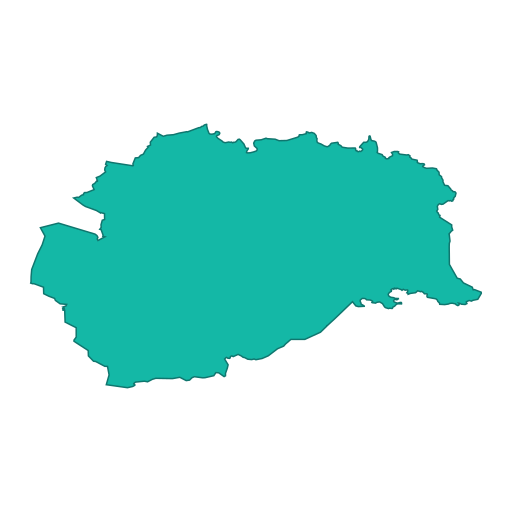 Aglonas pag., Aglonas, Latvia
{"feature_id": "27541924B99650716324046", "entity_name": "Aglonas pag.", "entity_type": "district", "adm_level": 2, "iso_a3": "LVA", "parent_name": "Latvia", "parent_adm1": "Aglonas", "projection": "robinson", "projection_center": [27.042, 56.116], "detail": "fine", "context": "isolated", "style": "filled", "palette": "teal", "viewbox_px": 512, "rotation_deg": 0, "n_neighbors": 0, "source": "geoboundaries", "source_scale": "gbopen_adm2", "svg_char_len": 6070}
<svg xmlns="http://www.w3.org/2000/svg" viewBox="0 0 512 512"><path d="M481.2,292.2L474.5,289.6L473.2,289.8L472.3,287.2L463.4,282.9L460.3,279.0L457.2,278.2L449.4,264.4L449.2,246.6L449.3,243.4L450.0,241.1L449.2,234.3L449.0,234.0L451.3,231.2L452.7,230.2L451.7,226.9L451.7,224.9L439.6,217.2L440.0,215.4L438.9,214.9L438.2,212.9L437.5,212.5L436.7,211.0L437.8,209.4L437.3,206.3L438.3,204.6L439.6,203.7L441.4,204.4L443.1,204.1L448.1,200.6L449.3,200.9L450.3,200.5L451.6,201.2L452.7,200.9L453.0,200.5L453.0,199.5L453.7,199.2L453.8,197.7L455.2,196.4L456.0,193.1L455.0,191.8L452.9,191.6L452.6,190.9L451.0,189.9L450.8,189.1L447.9,185.7L444.6,185.3L442.9,181.6L443.0,180.5L442.7,179.5L441.8,178.3L441.5,176.6L439.2,174.8L439.0,172.2L436.9,170.0L436.7,169.1L436.3,168.7L432.5,168.0L426.6,168.3L424.6,167.7L422.7,166.6L423.0,165.8L424.5,164.8L424.2,164.0L422.9,163.6L420.1,163.7L417.6,162.7L417.2,162.2L417.4,161.2L417.1,160.2L411.8,159.1L411.3,158.2L409.7,156.9L410.0,155.9L409.8,155.7L408.3,154.7L406.8,155.0L399.6,154.1L398.3,152.9L398.6,151.8L397.7,151.5L394.2,151.5L391.5,152.5L392.6,154.2L392.5,155.7L389.5,157.2L388.9,157.7L388.9,158.4L386.9,158.9L385.9,158.6L385.3,158.2L385.4,157.5L385.0,157.1L383.1,156.2L382.1,154.6L378.2,153.3L377.1,152.4L377.5,151.2L377.5,147.9L376.2,142.7L375.7,141.8L374.6,141.2L371.4,140.5L370.8,139.0L370.2,136.5L369.8,135.9L369.0,136.3L368.8,139.3L367.6,141.5L366.2,142.3L363.7,142.3L359.8,146.6L359.6,147.3L359.8,147.6L361.0,147.5L362.7,149.2L362.4,150.2L360.8,151.5L359.7,151.1L358.5,151.7L357.2,151.4L356.9,150.6L356.1,150.7L355.6,150.0L355.6,148.6L355.2,148.0L347.9,148.1L342.2,147.2L340.8,145.6L338.2,144.3L338.3,143.2L337.7,142.3L331.6,143.2L330.5,144.1L329.8,145.3L327.8,146.6L326.9,146.7L324.3,145.9L321.0,144.0L318.2,143.0L317.1,142.0L316.8,140.2L317.1,138.7L316.4,137.7L316.1,135.5L314.3,133.4L311.7,132.4L309.1,133.0L308.7,132.5L306.7,131.8L306.2,132.2L306.4,133.6L302.4,134.7L299.4,134.8L299.1,135.2L299.0,136.3L297.6,137.2L286.9,140.5L279.0,140.7L275.2,139.2L267.4,138.7L266.0,138.2L261.2,139.8L256.0,140.2L254.7,141.0L253.7,143.1L254.3,145.9L257.1,148.5L257.2,149.5L256.8,150.4L256.4,150.9L253.7,151.9L250.1,152.8L247.6,152.9L246.5,152.6L246.8,151.0L248.3,148.8L248.3,148.3L246.2,148.3L245.4,147.5L243.9,144.0L240.2,139.8L239.4,139.2L238.1,139.4L236.0,141.7L234.9,142.3L233.5,142.3L233.0,142.7L232.4,142.7L231.7,142.1L230.0,142.3L228.8,142.0L225.3,142.7L223.3,142.2L221.9,140.9L217.9,138.3L216.5,136.7L216.4,136.3L216.8,135.6L218.9,134.8L219.7,133.6L219.7,132.9L219.1,132.1L217.7,131.6L216.4,131.5L215.9,131.7L214.9,133.3L214.3,133.7L211.9,134.2L209.8,134.0L209.0,133.3L207.5,129.5L206.7,125.9L206.7,124.4L206.4,124.3L204.3,125.0L203.2,126.1L201.5,126.5L200.4,127.5L198.7,127.7L187.5,131.9L186.7,131.7L179.2,133.1L173.4,134.7L167.0,135.2L163.3,136.3L157.4,133.2L157.3,135.5L156.6,136.9L154.1,137.3L150.3,142.2L150.5,145.1L147.6,146.4L148.3,147.1L145.5,150.2L143.4,154.1L140.5,155.4L138.6,157.6L135.3,157.9L132.9,163.9L133.3,165.4L132.9,165.8L111.5,162.5L106.6,161.4L105.6,164.3L107.1,165.5L105.7,166.6L105.0,167.8L104.7,170.0L105.6,171.9L100.0,176.1L96.3,177.6L97.5,180.9L97.4,181.2L96.7,181.0L94.8,183.3L92.7,184.6L92.4,185.8L94.1,189.6L87.0,192.5L84.4,192.6L83.3,194.3L83.4,194.7L81.6,195.2L78.7,197.4L77.1,197.2L73.7,198.0L83.0,205.0L85.5,206.5L96.4,210.5L100.6,213.0L100.8,212.6L104.5,213.6L104.6,219.5L102.3,220.2L101.0,224.8L101.2,227.4L99.8,229.3L101.1,229.6L103.1,235.2L102.8,236.3L104.9,236.8L98.0,240.5L97.2,239.0L97.9,237.3L96.9,235.5L95.0,234.1L58.5,223.1L40.4,227.7L45.0,236.1L42.2,244.8L37.7,253.8L31.7,269.5L31.1,276.6L31.0,282.0L30.7,283.1L32.4,283.7L34.0,283.7L43.5,287.2L43.7,293.7L48.8,296.2L54.6,298.4L55.4,300.4L60.1,303.8L66.7,304.4L65.9,306.0L63.0,307.0L63.9,307.5L64.3,308.7L63.6,309.0L62.9,308.4L62.6,308.8L63.2,309.8L63.1,310.2L64.7,310.2L65.1,322.1L76.2,327.7L76.2,337.1L74.0,340.1L74.0,341.3L88.2,350.5L88.4,355.9L93.5,361.2L95.7,361.5L104.8,366.3L107.5,366.4L109.1,374.9L106.3,384.7L127.5,387.7L132.7,386.5L134.8,385.3L134.8,384.7L133.9,384.1L133.7,383.6L135.4,382.1L144.4,381.2L147.6,381.8L152.4,379.3L155.8,378.3L172.5,378.6L179.8,377.3L186.2,380.6L189.6,380.1L192.0,377.7L194.4,376.7L202.5,377.8L205.0,377.7L213.8,375.7L215.9,372.6L218.7,372.8L224.1,376.6L225.5,375.8L225.5,373.3L227.3,368.2L228.1,364.8L224.6,359.0L225.9,357.7L226.6,357.4L227.8,358.2L229.5,358.4L230.2,357.8L230.2,357.0L231.3,356.0L232.1,356.0L233.2,356.6L238.1,354.4L241.4,356.0L243.1,357.3L244.7,357.6L247.7,359.2L251.7,359.6L254.1,359.0L255.9,359.7L262.1,358.5L268.3,355.8L277.6,348.7L283.7,346.1L285.5,344.0L290.9,339.4L304.8,339.4L320.5,332.2L326.9,326.0L326.8,325.6L327.6,325.3L335.3,318.2L352.5,301.7L355.8,305.9L358.3,306.6L364.2,306.3L364.1,305.8L361.1,304.1L360.9,302.9L360.1,301.0L360.3,300.0L362.2,298.4L364.7,298.5L365.6,298.8L366.5,299.8L370.1,300.0L371.4,300.5L372.6,301.3L371.9,302.5L372.3,302.7L375.6,303.1L376.9,302.3L379.6,301.9L382.5,303.6L384.5,306.8L385.4,307.6L388.5,308.6L389.6,308.2L392.1,308.5L392.5,308.2L392.8,307.2L394.6,306.2L396.2,304.5L397.7,303.8L401.5,303.9L401.6,303.1L401.3,302.5L400.3,302.4L397.8,303.1L396.5,302.9L394.1,301.9L393.6,301.1L393.6,300.5L394.8,299.4L396.9,299.8L398.4,298.8L398.3,298.5L395.2,298.4L393.8,297.7L390.6,297.2L388.7,295.9L388.2,294.5L388.5,293.6L389.7,292.3L391.3,291.4L391.5,290.3L391.0,289.9L392.4,288.7L393.5,288.8L393.8,289.2L394.7,288.6L394.6,288.2L395.9,288.5L396.1,288.9L396.5,288.7L396.2,288.5L396.5,288.3L397.5,288.3L401.4,289.7L402.0,290.3L403.2,289.3L405.2,290.2L407.3,289.9L407.7,290.1L407.8,290.8L407.6,291.7L406.8,292.8L408.0,293.4L408.1,294.3L410.5,293.4L415.6,292.7L417.7,290.8L420.5,291.7L421.6,291.4L423.3,292.4L424.4,293.8L426.9,293.8L427.3,294.4L426.9,296.1L427.4,297.3L435.8,298.8L437.2,299.9L437.9,301.5L439.4,302.9L439.7,304.3L444.7,304.6L448.6,304.0L449.8,303.4L452.2,303.2L455.4,303.9L456.2,304.8L457.9,305.6L459.1,304.8L459.2,303.5L458.9,303.2L459.9,303.4L461.4,304.2L465.1,304.5L466.9,303.6L466.4,302.7L466.3,301.8L469.1,300.5L471.5,301.1L473.0,300.3L477.8,299.3L481.3,293.4L481.2,292.2Z" fill="#14b8a6" stroke="#0f766e" stroke-width="1.5"/></svg>